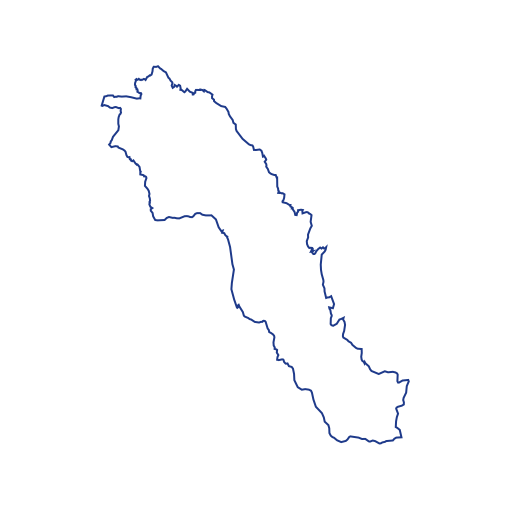 outline of Cernesti, Maramures, Romania, rotated 106°
{"feature_id": "2599482B23598129947364", "entity_name": "Cernesti", "entity_type": "district", "adm_level": 2, "iso_a3": "ROU", "parent_name": "Romania", "parent_adm1": "Maramures", "projection": "robinson", "projection_center": [23.78, 47.557], "detail": "fine", "context": "isolated", "style": "outline", "palette": "blue", "viewbox_px": 512, "rotation_deg": 106, "n_neighbors": 0, "source": "geoboundaries", "source_scale": "gbopen_adm2", "svg_char_len": 6126}
<svg xmlns="http://www.w3.org/2000/svg" viewBox="0 0 512 512"><g transform="rotate(106 256 256)"><path d="M316.7,251.2L317.3,250.1L317.8,246.2L318.4,244.8L318.4,243.1L319.7,239.0L319.1,234.7L318.0,233.2L317.5,231.7L316.7,231.5L316.1,230.7L316.1,229.4L316.6,228.6L322.5,224.8L323.5,223.4L325.5,222.3L325.8,220.6L326.6,218.2L327.7,216.6L329.1,215.9L334.2,215.4L337.2,214.3L338.7,212.8L340.2,212.5L340.2,210.5L340.5,209.8L343.1,209.4L345.1,207.2L347.1,207.5L349.9,207.1L349.8,205.4L348.2,202.5L348.0,201.5L348.4,200.8L350.0,199.9L351.1,198.2L351.3,197.6L350.6,196.1L352.8,194.0L352.8,191.1L354.1,189.4L358.9,186.9L364.8,184.9L370.6,179.7L371.9,175.1L370.4,172.0L369.9,168.3L370.3,166.0L371.9,164.6L378.2,161.2L384.4,156.9L388.9,149.3L392.5,146.3L396.3,144.3L398.6,139.8L401.4,138.1L406.0,136.6L408.1,134.6L409.0,132.6L409.2,130.9L410.8,127.3L411.4,122.8L409.0,118.7L407.2,117.5L404.3,116.5L403.4,115.6L402.3,107.3L402.7,103.7L401.7,100.5L403.1,96.5L403.0,95.3L401.2,92.9L401.1,90.4L402.2,85.7L401.7,84.4L400.4,83.2L399.1,80.8L398.0,79.8L395.6,73.6L393.5,72.6L391.9,71.1L390.2,66.2L383.5,69.9L382.3,72.8L381.9,74.5L376.2,75.8L372.0,76.2L368.4,76.0L364.1,79.2L363.0,79.1L361.8,78.0L359.7,74.6L358.0,73.0L355.9,73.5L353.9,74.8L351.7,75.0L346.0,74.0L339.5,75.2L334.5,74.6L333.2,75.5L335.3,80.8L338.3,83.7L338.5,84.6L337.3,85.6L331.0,87.1L330.0,88.0L329.5,89.8L329.6,92.5L331.4,97.0L331.3,100.4L335.6,105.5L334.7,113.3L333.4,115.1L330.9,117.2L329.0,121.2L328.0,122.2L329.2,122.2L327.9,123.4L327.7,124.6L326.5,125.9L323.8,127.1L320.1,127.6L316.3,128.8L317.1,132.8L316.8,134.5L314.9,138.8L313.2,140.7L312.5,143.6L311.5,145.1L310.3,149.6L309.1,150.4L306.9,150.8L303.8,150.6L297.7,151.4L295.0,152.7L293.0,154.8L291.3,154.8L293.1,156.8L294.1,158.3L298.9,159.7L301.8,162.6L301.7,164.4L300.8,165.5L295.2,166.9L292.7,166.7L291.9,167.0L290.7,168.1L287.5,169.6L286.5,170.8L285.2,171.5L285.0,167.7L280.7,167.7L273.9,172.7L275.6,174.3L276.0,175.6L277.0,177.0L271.2,180.3L268.2,181.3L265.2,183.8L262.2,184.0L260.6,184.6L255.4,187.8L251.4,189.7L246.4,191.4L236.5,193.2L232.7,191.2L230.8,190.8L228.2,191.0L229.6,191.8L230.0,192.7L229.2,194.0L230.8,195.1L230.2,196.7L232.3,198.2L234.9,199.4L237.1,199.8L238.0,200.4L238.3,201.4L236.9,203.4L235.8,202.7L236.7,204.4L236.1,204.3L235.6,202.9L234.4,203.2L234.2,203.8L234.5,204.2L233.9,204.2L233.3,203.6L232.9,204.0L233.3,204.5L232.9,205.0L233.0,205.7L233.6,207.0L232.5,208.6L230.5,210.2L227.7,211.3L223.8,211.0L221.1,211.9L214.5,211.4L211.6,210.7L208.1,212.9L201.4,213.9L200.7,215.4L200.5,217.0L200.1,217.2L199.7,218.4L199.9,219.7L202.2,223.0L199.9,223.9L198.9,223.7L199.1,225.5L200.4,228.2L201.7,227.7L203.0,228.4L205.5,228.2L205.7,229.6L203.1,231.0L201.0,233.5L199.9,233.9L200.3,234.7L199.3,234.8L198.9,236.6L197.5,236.9L197.8,237.7L196.8,241.2L197.0,245.2L196.1,245.6L194.5,245.0L192.2,245.0L188.9,245.6L188.3,247.7L188.7,248.3L188.5,250.2L188.9,250.5L189.2,252.0L187.4,251.9L187.0,252.6L185.0,253.4L183.4,254.7L174.8,257.3L175.0,257.7L172.7,259.4L173.1,260.6L173.0,263.2L172.7,264.8L171.9,266.6L169.1,268.6L167.3,270.8L166.1,270.9L164.8,271.5L163.0,273.6L160.6,272.7L159.6,273.4L157.5,275.8L158.2,276.1L158.6,276.7L155.2,278.4L153.3,279.8L152.6,281.8L154.1,285.2L154.6,287.2L151.6,288.9L150.7,289.9L150.9,291.9L150.6,293.6L147.1,301.2L141.2,309.1L139.5,310.3L135.2,311.7L134.2,314.4L131.7,315.9L128.9,319.5L127.0,321.3L125.1,322.2L122.5,324.9L121.2,326.7L121.5,330.8L119.9,336.4L118.7,339.0L117.3,339.5L116.4,341.7L114.6,342.3L112.9,342.3L111.6,345.9L111.8,347.6L110.6,351.1L110.6,351.5L112.1,351.5L111.2,353.4L111.3,355.4L111.8,355.3L112.9,359.5L114.4,359.8L115.8,359.4L117.0,360.6L117.8,360.5L118.1,360.9L118.2,361.3L116.6,361.8L116.3,364.9L114.3,368.3L117.4,369.3L118.3,370.0L116.8,373.4L117.0,373.5L117.1,374.5L115.5,374.7L113.2,375.9L112.8,377.4L115.0,378.6L114.6,379.1L114.0,381.4L115.8,381.2L117.3,382.4L115.5,384.0L112.8,384.0L112.1,384.4L111.0,386.4L109.2,388.2L108.8,389.3L104.3,393.2L103.7,395.8L102.3,398.8L102.2,399.7L100.6,402.5L101.7,404.0L102.3,406.5L104.4,406.9L107.0,406.4L110.4,406.4L111.7,407.5L111.6,407.9L113.3,409.1L113.8,409.9L117.2,410.7L116.7,411.7L116.7,412.6L118.0,413.9L118.2,415.1L118.6,415.2L118.6,416.4L118.0,417.5L119.3,418.4L119.4,418.9L118.9,419.7L119.8,420.3L120.3,419.7L123.1,419.9L124.9,419.5L125.6,418.6L126.9,418.4L127.2,418.0L127.1,417.6L127.6,417.1L128.7,416.8L128.5,416.0L129.4,415.4L130.8,415.3L131.2,413.7L131.6,412.9L131.1,411.6L131.6,411.0L132.1,410.8L133.5,411.1L136.4,410.6L136.5,411.4L137.6,414.0L137.8,419.9L138.3,424.8L139.8,429.0L140.4,432.6L141.4,433.8L141.4,434.4L142.3,436.1L141.1,437.8L142.6,442.7L143.5,443.7L144.5,445.7L154.0,445.8L154.1,445.1L152.7,443.4L152.7,439.5L153.6,437.3L153.4,434.9L152.0,433.1L151.4,431.8L151.7,428.7L151.1,427.4L151.9,426.4L153.9,426.1L155.3,425.3L156.8,425.5L157.6,426.1L160.4,426.3L162.7,426.0L166.9,424.8L169.2,423.5L173.0,423.0L180.8,426.3L184.5,426.6L185.9,427.2L187.3,427.0L189.4,427.9L191.2,425.0L189.2,421.5L188.8,419.1L189.7,418.1L190.2,413.4L190.9,411.4L191.7,410.2L194.8,408.3L196.2,406.9L196.2,405.6L195.8,404.9L197.8,403.9L197.9,403.5L197.4,403.5L197.5,403.0L198.8,402.3L199.0,401.1L197.9,400.2L200.3,397.3L201.0,395.9L200.6,395.8L200.7,395.1L202.5,392.5L205.9,390.9L206.7,390.1L207.0,390.4L209.5,389.7L209.3,386.6L209.5,386.0L210.3,385.5L209.9,384.3L210.3,383.4L211.3,382.8L215.1,383.0L219.2,382.1L221.4,378.7L222.9,377.1L225.7,375.5L227.8,375.4L229.8,374.0L232.2,373.0L233.0,373.3L234.3,373.0L234.3,372.7L235.8,372.7L237.8,371.1L238.5,368.9L240.0,370.1L241.5,369.6L243.1,367.3L246.2,365.8L249.2,362.8L248.9,360.5L246.6,353.8L244.0,352.3L242.5,350.4L242.3,346.6L241.7,344.8L241.6,342.6L241.0,340.1L237.4,335.5L236.7,333.4L236.5,331.7L236.7,330.1L236.3,328.2L235.1,327.2L232.2,326.0L231.0,324.4L230.2,321.5L231.1,319.0L230.8,315.3L229.2,310.0L231.9,304.6L238.7,299.8L241.7,296.2L240.8,295.0L243.0,295.0L242.8,292.8L244.3,291.4L245.1,289.9L245.3,288.9L246.2,288.8L247.7,287.5L254.5,283.4L270.4,276.4L275.1,273.5L288.4,271.8L294.7,270.5L303.7,265.1L310.7,260.2L311.0,259.7L310.3,259.2L309.1,260.2L307.7,259.2L309.0,258.2L313.5,253.2L316.7,251.2Z" fill="none" stroke="#1e3a8a" stroke-width="2"/></g></svg>